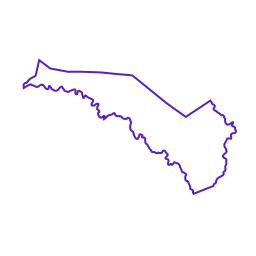 the district of Raillon Road, Praslin, Saint Lucia, rotated 185°
{"feature_id": "8701671B15123648543538", "entity_name": "Raillon Road", "entity_type": "district", "adm_level": 2, "iso_a3": "LCA", "parent_name": "Saint Lucia", "parent_adm1": "Praslin", "projection": "albers", "projection_center": [-60.939, 13.873], "detail": "fine", "context": "isolated", "style": "outline", "palette": "violet", "viewbox_px": 256, "rotation_deg": 185, "n_neighbors": 0, "source": "geoboundaries", "source_scale": "gbopen_adm2", "svg_char_len": 5778}
<svg xmlns="http://www.w3.org/2000/svg" viewBox="0 0 256 256"><g transform="rotate(185 128 128)"><path d="M179.2,180.0L192.5,178.8L210.6,180.5L222.4,187.8L224.6,172.0L229.9,168.4L230.3,167.7L231.2,166.9L231.4,166.6L231.6,166.0L232.1,165.6L232.5,164.8L232.8,164.4L233.3,164.0L234.3,163.9L234.6,163.7L235.6,162.4L235.8,161.9L235.3,158.8L232.2,161.1L229.7,162.6L229.0,162.9L228.3,162.9L227.6,162.4L226.7,162.2L225.5,162.0L224.1,161.5L223.1,161.0L222.2,160.9L221.1,161.4L219.9,162.3L219.2,163.1L218.4,163.5L217.9,163.5L217.4,163.7L215.9,163.1L215.7,162.9L215.0,162.2L214.3,161.0L214.1,160.8L212.8,160.0L211.6,159.6L211.1,159.7L210.9,159.9L210.7,160.2L210.5,161.0L210.5,162.5L210.4,162.8L209.9,163.0L209.6,162.9L209.2,162.7L208.4,161.6L208.1,161.4L208.0,161.1L207.5,160.4L206.8,159.8L206.5,159.8L205.0,159.1L204.0,158.8L203.6,158.8L202.8,158.9L201.6,159.4L201.0,160.0L200.2,161.1L199.8,161.8L199.0,162.6L198.3,163.3L197.8,163.4L197.5,163.3L197.0,163.0L196.1,161.6L195.3,160.8L194.6,159.8L194.1,159.5L193.3,159.2L191.3,158.8L190.8,158.8L190.1,158.9L189.9,159.0L189.2,159.7L188.9,159.9L187.7,160.5L185.9,161.4L184.7,161.8L184.2,161.7L183.8,161.5L183.6,161.2L183.6,160.8L183.5,159.0L183.4,158.0L183.2,157.7L183.0,157.4L182.4,156.8L182.4,156.4L182.2,156.8L181.8,157.1L181.5,157.7L181.0,160.2L180.9,160.4L180.6,160.6L179.9,160.8L178.4,160.2L177.6,159.8L177.3,159.5L176.9,159.1L176.6,158.2L176.6,157.7L175.8,155.5L175.4,154.6L175.0,154.1L174.8,154.0L174.6,154.1L174.3,154.4L173.6,156.4L173.4,156.6L173.1,156.7L172.8,156.6L170.7,155.1L165.8,153.3L165.4,153.0L165.2,152.6L165.2,152.2L165.2,151.6L165.4,150.9L166.2,149.5L166.4,148.7L166.4,148.0L165.9,147.3L165.1,147.2L163.8,147.4L161.5,149.3L160.8,149.5L160.1,149.6L159.5,149.2L159.5,148.2L160.3,146.6L160.5,145.8L160.4,144.3L159.7,143.7L159.0,143.3L158.1,142.3L158.0,141.8L158.2,141.2L159.0,140.8L159.1,139.7L158.4,138.0L157.6,136.8L156.8,136.3L155.7,135.9L155.0,136.0L154.3,136.9L153.7,137.5L153.3,137.9L152.9,137.9L152.4,137.7L152.9,136.5L152.8,135.5L152.7,134.8L151.3,135.8L150.6,136.8L148.8,138.7L148.0,139.2L145.7,139.8L144.7,140.4L143.8,141.4L142.8,141.6L141.9,140.4L141.6,139.5L141.0,139.1L140.0,139.0L139.2,138.8L137.3,139.1L136.4,139.2L135.2,138.2L133.7,137.1L132.7,136.8L131.1,136.8L130.3,137.0L129.9,137.2L129.3,138.1L129.2,138.2L128.8,138.2L127.9,137.9L126.9,137.1L126.7,136.8L126.5,136.4L126.5,135.7L126.4,135.4L125.6,134.5L125.4,134.0L125.4,133.4L125.6,132.8L126.0,130.5L125.9,128.9L125.8,128.2L125.4,126.9L125.1,126.4L124.8,126.1L124.2,125.6L123.0,124.9L122.7,124.5L122.3,123.8L121.8,122.2L121.4,121.3L119.7,118.7L119.3,118.3L118.8,118.1L118.2,117.9L117.6,117.9L117.2,118.1L117.0,118.6L116.9,119.3L116.5,119.9L116.3,120.3L116.2,121.4L116.1,122.4L115.8,122.7L115.3,122.8L114.8,122.7L114.3,122.6L113.2,122.2L112.9,121.7L113.0,121.1L113.3,120.7L113.3,120.2L113.2,120.0L112.7,119.8L111.0,119.9L110.5,119.7L110.2,119.4L110.0,119.1L109.9,117.5L109.5,115.5L109.2,114.6L108.8,114.1L107.8,113.5L107.4,113.3L107.2,113.0L106.9,112.3L105.9,111.1L104.6,109.2L104.1,108.6L103.0,107.7L102.5,106.5L102.4,106.4L101.5,106.2L100.4,106.3L99.6,106.2L99.1,106.1L98.1,105.6L97.3,105.4L96.7,105.4L96.3,105.5L95.8,106.1L94.6,105.9L93.6,105.9L92.2,106.2L91.9,106.9L91.3,108.2L91.1,108.5L90.8,108.6L90.3,108.6L89.3,108.4L88.7,107.9L88.1,106.9L87.7,106.5L87.1,105.9L86.4,105.6L86.1,105.2L86.1,104.8L86.5,103.7L87.4,102.5L87.9,101.9L88.1,101.5L88.0,101.3L87.9,101.0L87.3,100.6L86.6,100.4L85.5,100.2L85.2,100.0L85.0,99.8L84.8,99.1L84.8,98.5L85.1,96.2L85.1,95.9L85.0,95.5L84.5,95.1L84.2,94.9L83.4,94.9L82.6,95.8L82.4,95.9L82.0,95.9L81.8,95.8L81.3,95.2L81.0,95.2L80.3,95.7L80.1,96.3L79.6,96.6L79.2,97.6L79.1,97.8L78.9,97.9L78.2,97.8L76.6,97.2L75.1,97.0L74.5,96.7L73.8,95.8L73.1,94.9L73.0,94.7L72.9,93.8L72.7,93.4L71.7,92.3L71.3,91.0L70.7,90.0L70.4,89.2L70.1,88.8L69.9,88.6L69.7,88.6L68.9,88.7L68.4,88.6L66.0,86.9L65.9,86.6L66.0,86.1L66.6,84.9L66.7,83.9L66.7,83.4L66.4,82.4L66.3,81.4L66.2,81.2L65.7,80.7L65.2,80.5L64.3,80.4L64.0,80.2L63.7,79.9L62.4,77.6L61.2,75.6L60.9,74.5L60.7,73.1L60.6,72.7L60.4,72.6L58.6,71.9L57.7,71.3L57.7,71.0L57.7,70.0L57.5,69.0L57.3,68.7L56.9,68.2L37.9,77.7L37.5,79.2L37.3,79.8L36.1,80.5L35.9,80.8L35.8,81.1L35.6,81.6L35.6,82.6L35.4,83.6L35.1,84.5L34.7,85.1L34.2,85.7L33.3,86.5L29.8,88.9L29.2,89.4L28.8,89.8L28.7,90.1L28.7,90.7L29.0,91.5L29.1,92.0L28.6,93.0L27.6,93.7L27.4,93.9L27.3,94.2L27.3,94.8L27.5,96.3L27.7,97.4L27.7,98.3L27.3,99.8L26.9,100.7L26.9,101.4L27.2,102.2L27.3,102.9L27.3,103.6L27.2,104.2L27.2,104.7L27.2,105.1L27.4,105.5L27.9,105.9L29.8,106.7L30.3,107.0L30.8,107.7L30.9,108.1L30.9,108.8L30.7,109.2L30.1,110.1L28.8,111.3L27.9,112.6L27.7,113.3L28.2,114.0L28.3,114.2L28.3,114.8L28.5,115.6L29.7,117.1L30.2,117.9L30.5,119.0L30.5,120.4L30.2,121.3L29.6,122.5L29.0,123.7L28.7,124.8L28.5,125.8L28.0,126.3L25.7,126.4L24.7,126.3L24.4,126.5L24.3,126.9L24.2,127.4L24.7,128.7L24.8,129.5L24.8,130.3L24.6,130.8L24.2,131.3L23.4,131.8L22.8,132.0L22.0,132.1L21.3,132.2L20.7,132.7L20.4,133.0L20.2,133.6L20.3,134.8L20.4,135.1L21.0,135.6L21.2,136.1L21.3,136.4L21.3,137.5L21.7,138.1L22.0,138.4L22.3,138.6L24.1,138.9L24.5,139.2L24.8,139.5L24.8,139.9L24.7,140.3L24.0,141.5L23.8,142.1L23.7,142.5L23.7,142.8L24.0,142.9L24.5,142.8L26.5,141.2L27.4,140.6L28.4,140.1L29.2,140.0L29.5,140.1L29.9,140.3L30.9,141.2L31.5,142.0L31.7,142.7L32.0,144.3L32.1,145.8L33.0,146.7L33.4,147.9L33.7,148.5L33.9,148.7L34.7,149.1L36.0,148.9L36.6,149.1L38.0,150.3L38.8,150.8L39.9,151.2L40.4,151.5L40.6,151.9L41.1,152.3L41.6,152.5L42.5,152.8L43.4,153.2L44.3,154.2L44.4,154.4L44.4,154.8L44.4,155.1L43.6,156.4L43.5,157.0L43.4,157.5L43.6,157.8L44.2,158.5L44.7,158.8L45.8,159.1L46.2,159.4L46.5,159.7L47.2,161.2L47.4,161.4L47.9,161.7L48.3,162.5L71.4,144.1L91.9,156.2L128.3,180.8L145.4,180.8L159.8,181.0L179.2,180.0Z" fill="none" stroke="#5b21b6" stroke-width="2"/></g></svg>